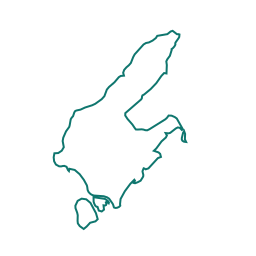 SVG path tracing the border of Sanma, rotated 55°
{"feature_id": "VUT-561", "entity_name": "Sanma", "entity_type": "Province", "adm_level": 1, "iso_a3": "VUT", "parent_name": "Vanuatu", "parent_adm1": "", "projection": "mercator", "projection_center": [166.941, -15.188], "detail": "fine", "context": "isolated", "style": "outline", "palette": "teal", "viewbox_px": 256, "rotation_deg": 55, "n_neighbors": 0, "source": "natural_earth", "source_scale": "10m", "svg_char_len": 2523}
<svg xmlns="http://www.w3.org/2000/svg" viewBox="0 0 256 256"><g transform="rotate(55 128 128)"><path d="M170.0,187.0L163.8,194.6L162.4,195.7L161.0,196.4L159.5,196.8L157.6,197.0L155.6,196.6L152.9,195.2L151.4,194.6L145.1,193.9L138.1,194.1L131.8,195.7L127.8,199.4L129.4,201.1L128.0,201.3L124.5,200.6L122.5,201.9L121.7,203.3L121.1,204.8L119.9,206.4L116.6,208.0L112.9,207.6L109.4,205.7L106.5,202.8L108.5,199.5L108.6,195.3L106.9,191.6L101.2,189.0L98.8,186.6L95.2,180.7L93.4,175.5L92.3,174.2L88.0,169.9L87.3,168.3L86.8,166.2L84.4,163.0L83.8,161.4L84.2,159.9L85.7,156.4L86.6,151.4L88.8,144.4L89.4,140.9L89.3,133.0L88.4,129.1L84.4,123.3L83.5,120.0L82.8,112.9L81.1,106.4L81.2,104.1L82.8,101.3L80.0,100.3L78.2,97.8L77.4,94.5L77.1,91.3L76.4,88.4L72.9,83.1L71.5,80.3L68.5,67.3L68.7,64.5L69.9,61.8L70.5,57.7L70.3,53.6L69.3,51.2L73.7,41.9L73.4,37.7L74.0,35.7L79.2,34.1L80.2,32.7L80.9,32.2L82.8,33.8L83.5,35.2L85.1,39.7L85.6,40.6L86.9,41.4L87.8,43.2L88.3,45.3L88.4,47.1L89.1,47.4L92.9,52.3L94.3,56.5L95.4,58.4L98.7,60.1L105.4,65.2L103.7,66.9L104.5,70.8L107.5,79.1L109.1,87.0L109.8,95.5L109.6,97.5L110.4,98.6L111.5,99.5L112.1,100.7L114.3,121.7L116.2,123.1L120.4,123.2L127.8,122.4L132.0,122.5L133.7,122.4L134.8,121.0L136.9,117.6L138.2,116.2L139.7,115.1L140.9,113.6L141.3,111.2L142.3,92.4L142.0,90.2L141.1,87.6L142.9,85.2L145.9,83.4L148.2,82.6L160.5,83.8L160.5,85.0L157.5,85.5L156.1,86.9L155.8,89.1L156.2,96.2L155.6,97.9L153.7,100.1L156.4,100.4L157.5,102.4L158.2,108.2L161.0,116.6L161.5,119.9L165.5,117.0L167.6,116.5L170.6,117.6L169.8,120.8L172.8,134.4L172.0,137.2L170.6,137.8L170.0,138.3L171.7,140.9L172.5,141.3L175.1,142.3L176.2,143.1L176.8,144.1L178.4,147.9L178.0,151.1L177.3,153.9L176.3,154.8L175.1,152.5L174.0,152.5L175.1,158.2L178.0,166.9L181.9,174.8L185.8,178.2L187.2,178.9L187.5,180.7L187.1,182.6L186.4,184.0L185.2,185.0L184.3,184.9L183.1,184.4L181.3,184.0L175.1,184.0L172.8,184.9L170.0,187.0ZM180.7,223.8L177.4,223.8L175.2,222.6L170.6,219.2L168.2,218.2L163.6,217.0L161.5,215.7L158.8,211.0L159.3,206.5L162.5,203.1L167.8,201.7L179.4,203.1L185.3,205.1L185.8,208.2L183.9,213.4L185.0,218.3L185.3,222.2L180.7,223.8ZM172.8,187.6L175.9,186.4L178.1,186.4L178.6,187.0L176.2,187.6L176.2,188.8L177.9,189.3L178.5,190.2L178.3,191.3L177.3,192.4L181.1,194.5L181.3,197.4L178.9,199.3L175.1,198.2L174.5,198.9L174.0,199.1L172.8,199.4L170.4,199.0L168.6,198.4L164.9,195.9L172.8,187.6ZM167.1,89.7L163.5,85.6L162.7,83.8L165.6,84.6L169.9,87.9L172.8,88.4L171.3,90.0L169.8,90.7L168.4,90.6L167.1,89.7Z" fill="none" stroke="#0f766e" stroke-width="2"/></g></svg>